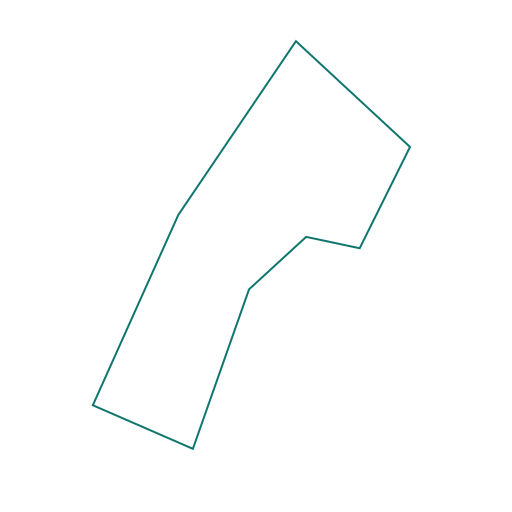 map outline of Ngaraard (orthographic projection), rotated 208°
{"feature_id": "PLW-5251", "entity_name": "Ngaraard", "entity_type": "state/province", "adm_level": 1, "iso_a3": "PLW", "parent_name": "Palau", "parent_adm1": "", "projection": "orthographic", "projection_center": [134.644, 7.639], "detail": "fine", "context": "isolated", "style": "outline", "palette": "teal", "viewbox_px": 512, "rotation_deg": 208, "n_neighbors": 0, "source": "natural_earth", "source_scale": "10m", "svg_char_len": 271}
<svg xmlns="http://www.w3.org/2000/svg" viewBox="0 0 512 512"><g transform="rotate(208 256 256)"><path d="M330.0,47.6L343.9,255.8L321.6,464.4L171.2,424.6L168.1,311.5L220.7,296.4L246.5,223.3L221.2,56.1L330.0,47.6Z" fill="none" stroke="#0f766e" stroke-width="2"/></g></svg>